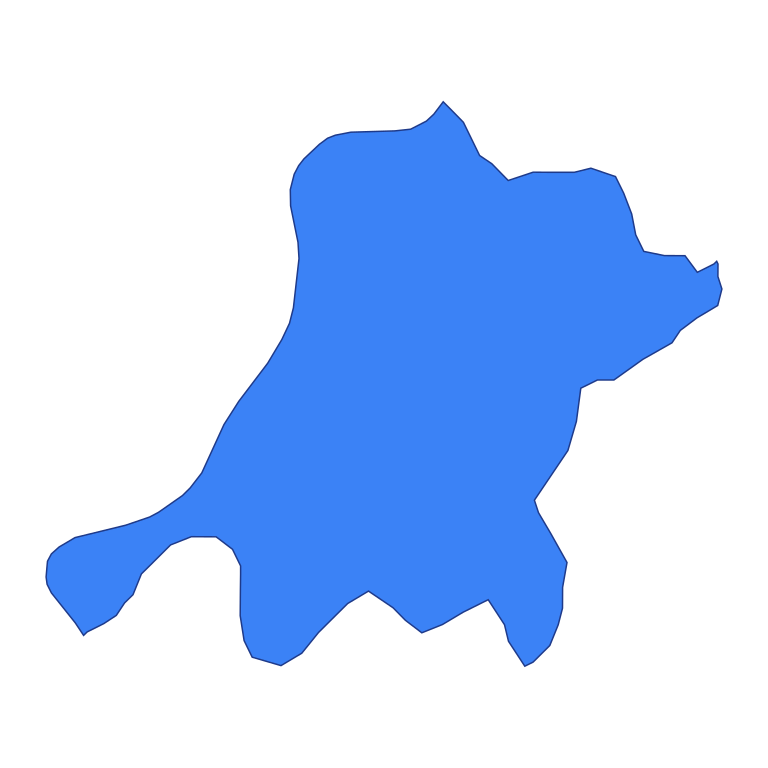 outline of Phangyo, Kangwŏn-do, North Korea
{"feature_id": "82179303B47367102754155", "entity_name": "Phangyo", "entity_type": "district", "adm_level": 2, "iso_a3": "PRK", "parent_name": "North Korea", "parent_adm1": "Kangwŏn-do", "projection": "robinson", "projection_center": [126.949, 38.743], "detail": "fine", "context": "isolated", "style": "filled", "palette": "blue", "viewbox_px": 768, "rotation_deg": 0, "n_neighbors": 0, "source": "geoboundaries", "source_scale": "gbopen_adm2", "svg_char_len": 1525}
<svg xmlns="http://www.w3.org/2000/svg" viewBox="0 0 768 768"><path d="M524.8,666.2L533.1,662.1L549.8,645.5L558.2,624.8L562.5,608.2L562.6,587.4L567.0,562.5L550.7,533.4L538.5,512.7L534.4,500.2L551.2,475.3L567.9,450.5L576.4,421.4L580.8,388.2L597.4,380.0L613.9,380.0L642.9,359.3L672.0,342.8L680.3,330.4L696.9,317.9L717.7,305.5L721.9,289.0L717.9,276.5L718.0,264.0L716.7,261.3L713.9,264.0L697.3,272.3L685.0,255.7L664.4,255.6L643.8,251.4L635.7,234.8L631.7,214.0L623.7,193.2L615.5,176.6L590.9,168.2L574.3,172.3L557.8,172.3L549.6,172.3L533.1,172.2L508.2,180.5L491.9,163.8L479.6,155.5L471.5,138.9L463.4,122.3L455.2,113.9L447.0,105.6L443.2,101.8L433.8,114.2L426.4,121.1L410.6,129.2L394.8,130.9L350.8,132.2L335.3,135.2L327.6,138.2L319.5,144.2L304.0,158.8L298.7,165.6L294.2,174.2L290.3,189.6L290.6,205.9L298.0,242.3L299.0,258.6L296.8,277.9L293.4,307.9L289.5,323.3L281.8,339.6L267.7,363.2L238.8,401.3L224.0,424.5L201.8,472.9L190.2,487.9L182.4,495.6L158.5,512.3L149.7,517.0L125.7,525.2L75.0,537.6L59.1,547.0L51.4,553.9L47.5,561.2L47.1,565.4L46.1,577.0L47.1,584.3L51.4,592.9L75.3,622.9L83.6,635.4L87.2,631.9L103.8,623.6L116.3,615.4L124.6,602.9L133.0,594.7L141.4,573.9L149.8,565.6L170.6,544.9L191.3,536.7L216.1,536.8L232.5,549.3L240.6,565.9L240.6,574.2L240.4,590.8L240.2,615.7L244.1,640.6L252.2,657.2L281.0,665.6L301.8,653.2L318.5,632.5L335.2,615.9L347.7,603.5L368.5,591.1L393.1,607.8L405.4,620.3L421.8,632.8L442.5,624.5L463.3,612.1L488.2,599.7L504.5,624.7L508.5,641.3L524.8,666.2Z" fill="#3b82f6" stroke="#1e3a8a" stroke-width="1.5"/></svg>